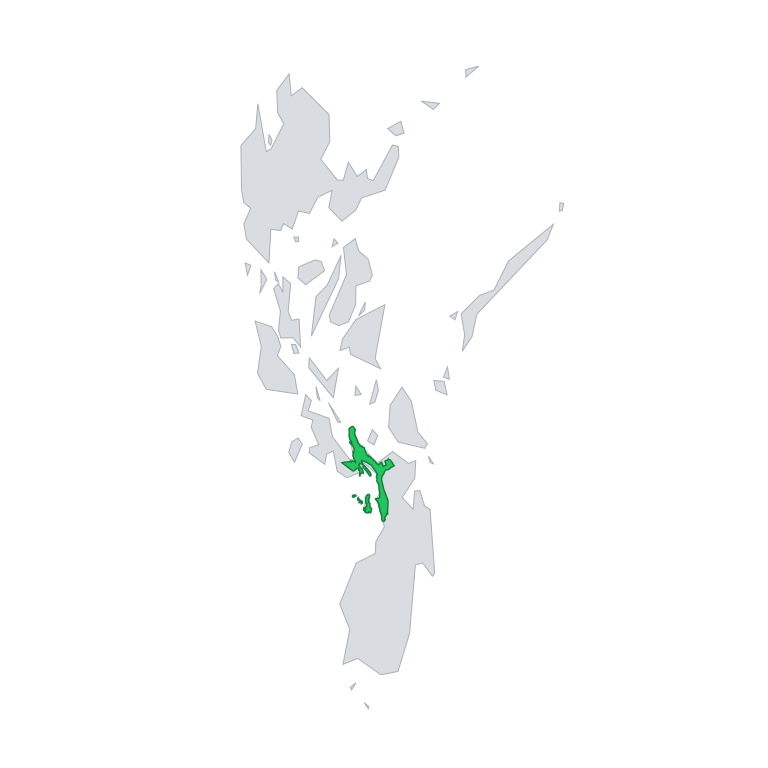 location of Quezon within Philippines, rotated 185°
{"feature_id": "PHL-2572", "entity_name": "Quezon", "entity_type": "Province", "adm_level": 1, "iso_a3": "PHL", "parent_name": "Philippines", "parent_adm1": "", "projection": "equal_earth", "projection_center": [122.011, 14.191], "detail": "fine", "context": "in_parent", "style": "filled", "palette": "green", "viewbox_px": 768, "rotation_deg": 185, "n_neighbors": 0, "source": "natural_earth", "source_scale": "10m", "svg_char_len": 8794}
<svg xmlns="http://www.w3.org/2000/svg" viewBox="0 0 768 768"><g transform="rotate(185 384 384)"><path d="M361.7,94.1L386.4,108.4L400.4,101.1L396.7,136.6L408.9,160.8L396.1,203.1L378.0,214.4L378.4,226.2L371.2,241.8L381.3,268.3L379.1,275.4L383.7,294.0L398.7,304.8L398.3,294.9L412.7,287.3L423.0,293.1L428.7,312.9L435.2,309.0L436.0,298.8L452.7,309.0L452.4,314.2L443.7,317.7L452.8,334.7L451.7,341.9L463.8,345.3L461.0,366.6L454.9,361.0L457.2,350.7L435.7,344.9L430.7,326.9L411.6,305.8L407.3,306.8L414.1,329.0L411.8,338.1L404.2,323.3L384.1,304.5L369.5,317.5L352.6,306.9L345.7,310.5L345.1,293.1L356.0,272.5L344.0,261.8L344.2,279.8L339.1,281.1L332.8,265.8L327.2,263.2L317.0,199.9L319.0,196.7L330.0,209.2L337.0,206.4L336.8,137.8L345.0,98.9L361.7,94.1ZM509.2,494.5L533.7,516.4L537.6,531.2L532.0,547.5L539.7,552.6L542.9,565.4L547.3,609.1L534.1,627.2L534.1,652.1L521.5,605.2L517.0,608.4L506.5,634.7L513.6,644.9L516.4,667.2L505.5,684.6L501.5,663.1L491.2,672.0L462.3,647.7L459.1,620.7L466.6,602.3L448.1,583.0L442.3,583.5L438.8,601.8L428.8,588.4L420.2,596.2L418.5,587.4L412.5,585.5L396.4,622.8L390.4,621.9L389.0,611.3L399.8,577.2L422.5,567.5L427.2,554.9L440.2,542.5L454.3,554.9L452.7,572.4L466.2,564.2L473.2,547.3L484.3,549.0L488.9,530.3L498.1,535.0L500.4,527.8L510.2,528.3L509.2,494.5ZM436.3,516.5L425.3,526.3L420.9,514.4L410.6,507.0L405.1,491.4L407.5,485.1L420.5,479.4L419.2,460.4L424.8,443.0L434.1,438.1L442.7,441.3L444.6,447.8L430.9,489.6L436.3,516.5ZM500.8,368.4L510.9,383.6L509.5,410.8L517.9,435.5L500.9,431.2L494.1,422.3L490.1,412.4L492.7,403.0L474.1,385.4L469.0,366.5L500.8,368.4ZM388.7,398.9L419.9,410.7L421.8,417.7L430.7,413.4L429.4,424.7L417.6,445.8L390.0,463.1L395.1,408.6L388.7,398.9ZM270.7,517.3L229.3,557.9L233.8,542.1L297.6,461.6L300.4,439.0L308.9,423.5L307.9,439.9L313.3,460.6L296.5,480.6L282.6,487.2L270.7,517.3ZM337.7,323.5L364.7,327.3L375.5,341.0L376.1,363.3L365.8,382.4L355.2,369.1L346.1,339.3L335.6,328.2L337.7,323.5ZM478.6,422.2L490.6,420.8L493.9,428.2L493.5,447.6L502.2,469.3L498.0,474.7L492.7,466.6L494.1,481.9L485.7,475.7L485.8,447.8L481.6,439.5L474.3,441.3L470.3,413.5L478.6,422.2ZM438.0,508.5L438.5,484.9L460.5,425.4L459.4,465.1L449.2,477.5L438.0,508.5ZM479.4,493.1L463.5,501.6L457.2,500.5L453.1,491.7L470.7,476.1L478.9,482.1L479.4,493.1ZM433.3,365.8L460.5,393.8L460.7,403.6L441.3,382.5L430.7,395.7L433.3,365.8ZM470.8,318.3L464.8,322.8L460.2,316.9L466.4,298.1L472.9,307.5L470.8,318.3ZM402.6,638.7L390.2,647.2L385.9,635.8L393.6,632.3L402.6,638.7ZM320.2,378.7L331.8,382.3L334.7,391.8L324.4,391.9L320.2,378.7ZM388.7,322.4L395.4,325.9L391.7,337.6L385.8,332.0L388.7,322.4ZM358.8,661.9L371.5,669.0L353.3,668.4L358.8,661.9ZM516.6,487.3L509.9,477.9L515.7,463.3L515.0,472.2L516.6,487.3ZM396.5,362.7L392.0,387.5L389.0,377.3L391.6,365.1L396.5,362.7ZM329.1,696.9L330.0,704.4L317.4,708.9L329.1,696.9ZM392.7,256.2L392.3,267.3L389.3,272.0L386.2,254.7L392.7,256.2ZM415.3,449.6L409.8,464.0L409.8,455.7L415.3,449.6ZM325.3,396.1L322.2,406.4L319.3,394.4L325.3,396.1ZM479.7,415.4L475.5,415.7L471.3,407.5L476.4,406.5L479.7,415.4ZM411.9,370.0L411.9,379.4L405.8,371.7L411.9,370.0ZM532.9,492.5L526.8,490.7L529.5,480.7L532.9,492.5ZM426.7,341.8L437.7,360.5L423.8,342.1L426.7,341.8ZM324.2,457.4L316.9,462.6L318.9,454.2L324.2,457.4ZM447.7,516.3L446.3,524.3L442.2,520.2L447.7,516.3ZM449.2,364.6L451.6,375.7L446.2,361.7L449.2,364.6ZM224.5,580.0L220.7,579.5L221.6,572.4L224.4,571.5L224.5,580.0ZM486.7,522.5L482.0,523.0L481.5,518.7L484.4,517.9L486.7,522.5ZM520.2,622.2L516.8,617.1L517.8,612.0L520.2,614.5L520.2,622.2ZM331.4,309.8L333.4,316.0L327.8,308.8L331.4,309.8ZM501.0,478.1L502.9,486.4L497.7,476.3L501.0,478.1ZM391.2,78.8L385.8,83.9L389.7,76.4L391.2,78.8ZM397.5,299.4L390.1,294.6L390.2,291.3L397.5,299.4ZM371.4,59.1L376.0,64.8L370.8,61.0L371.4,59.1Z" fill="#d9dde1" stroke="#a8b0b8" stroke-width="1"/><path d="M373.0,247.1L373.7,247.6L374.2,248.2L374.4,249.1L375.1,253.6L375.3,254.1L375.7,254.6L376.8,256.9L377.0,257.7L377.2,258.9L377.5,260.1L378.1,261.2L378.6,262.2L378.5,262.3L378.1,262.7L378.0,262.8L379.3,265.0L379.6,265.4L379.8,265.8L381.9,268.0L382.3,268.6L382.4,269.1L381.7,269.3L380.5,269.3L379.8,269.5L379.1,269.9L378.6,270.5L378.4,271.2L378.4,273.1L378.5,273.9L379.7,279.4L379.9,281.0L380.2,282.8L380.5,283.5L380.9,284.2L382.3,286.0L382.7,286.8L382.7,287.4L382.6,289.0L382.7,289.3L383.3,290.1L383.5,290.5L383.4,291.2L383.2,291.9L383.0,292.4L382.5,292.8L382.5,293.1L383.0,293.6L384.2,295.9L386.4,298.1L388.8,301.2L389.4,301.9L394.5,304.5L399.4,305.9L399.4,304.7L399.0,303.8L397.7,302.1L398.4,301.9L401.4,303.0L401.6,302.9L401.7,302.3L401.5,301.5L401.7,301.3L402.1,301.2L402.1,300.9L401.4,300.6L400.0,298.6L399.5,298.1L398.6,297.7L397.8,296.6L397.3,295.3L397.0,294.0L397.4,294.4L397.5,294.6L397.5,295.0L397.8,294.0L398.1,293.3L399.4,292.5L399.8,292.8L399.9,292.0L399.9,291.0L400.0,290.3L400.4,290.5L400.5,291.3L400.4,292.4L400.3,293.1L400.5,293.5L400.6,294.1L400.6,294.7L400.7,295.3L400.7,295.5L400.8,295.6L401.0,295.9L401.3,295.8L401.4,295.5L401.4,295.3L401.6,295.8L401.7,296.3L401.7,297.5L402.0,297.3L402.0,298.0L402.7,298.1L403.6,297.7L404.2,297.1L405.2,295.9L405.7,295.3L406.2,295.0L407.0,294.7L407.7,294.8L419.0,301.9L417.0,302.6L412.3,303.3L410.4,304.5L410.3,304.4L409.8,303.8L409.7,303.5L409.6,303.4L408.9,304.6L407.0,304.4L406.2,304.1L405.6,303.4L405.5,304.0L405.7,304.7L406.2,305.3L406.6,305.5L406.7,305.9L408.4,309.0L408.7,309.8L408.7,310.3L408.5,311.0L408.5,312.0L408.8,313.6L408.1,313.4L407.9,314.2L408.1,316.3L408.3,317.4L408.8,318.4L410.1,320.0L412.5,321.9L413.0,322.6L412.9,323.3L412.1,322.8L410.7,321.4L410.9,322.1L411.7,323.9L413.2,326.2L413.6,327.0L413.9,327.9L414.2,329.7L414.4,331.4L414.4,333.3L414.4,333.8L414.6,334.1L414.7,334.4L414.8,334.7L414.9,335.7L414.9,336.2L414.8,336.6L414.7,336.7L414.3,336.9L414.0,337.0L413.9,337.3L413.6,337.8L412.8,338.4L411.9,338.9L411.4,339.0L410.8,338.6L408.6,336.1L408.7,335.2L409.0,333.6L409.1,332.9L408.4,330.3L405.1,324.4L405.0,324.1L405.0,323.6L404.9,323.2L404.2,322.4L404.0,322.0L403.1,321.5L402.8,320.9L402.3,320.1L400.3,320.1L400.3,319.5L399.7,319.2L398.6,319.1L398.1,318.7L398.0,318.3L397.8,317.6L397.6,317.2L397.4,316.7L395.6,312.9L394.7,311.6L393.6,310.5L393.4,311.4L392.9,311.2L392.3,310.5L391.9,310.2L391.2,310.2L389.9,308.7L389.5,308.3L389.0,308.2L388.7,308.1L388.3,308.0L387.6,307.2L387.2,306.8L386.8,306.6L385.8,306.2L385.3,305.5L384.9,304.7L384.4,304.0L384.1,303.9L382.8,303.4L382.3,303.0L382.1,303.7L381.5,304.1L381.4,304.7L381.1,305.0L379.5,305.5L379.4,305.7L377.5,301.8L374.7,303.6L376.4,307.2L375.8,307.7L375.5,307.9L375.3,308.0L374.7,308.0L374.2,308.3L373.2,309.8L373.1,309.6L372.7,309.2L372.2,309.0L371.7,309.0L371.2,308.8L369.4,306.9L368.7,306.2L368.5,305.8L368.2,305.2L367.9,304.7L367.1,304.0L366.8,303.4L369.5,301.6L371.9,299.3L372.7,298.9L374.1,298.7L374.9,298.3L375.4,297.5L375.8,296.6L376.4,294.6L376.9,293.5L377.5,292.6L377.9,291.7L378.1,290.3L378.1,288.9L377.8,287.5L375.5,280.3L374.7,278.2L373.6,276.2L373.4,275.8L370.6,269.8L369.9,267.9L369.6,265.8L369.5,261.4L369.3,256.5L369.1,255.0L369.3,255.1L369.5,255.1L369.8,255.2L370.0,255.2L370.0,254.0L370.6,252.9L371.3,251.8L371.6,250.7L371.5,250.3L371.3,249.2L371.3,249.3L371.1,249.4L370.9,249.2L371.0,248.9L371.3,248.8L371.4,248.7L371.6,247.9L371.8,247.3L372.1,247.1L372.7,247.1L373.0,247.1L373.0,247.1ZM391.8,256.0L392.5,256.0L393.2,256.5L393.5,257.2L393.4,258.2L392.6,257.0L392.3,256.7L391.8,256.9L391.4,257.3L391.3,257.8L391.4,258.1L391.8,257.8L392.0,258.9L392.0,259.5L391.7,259.8L390.6,260.7L390.5,260.8L390.6,261.1L390.6,262.7L390.7,263.1L390.8,263.7L391.5,263.6L391.9,264.4L392.1,265.5L392.4,268.4L392.4,269.0L391.7,271.2L391.1,271.9L390.3,272.5L389.6,272.7L388.8,272.3L388.5,271.3L388.6,270.1L388.8,269.0L389.4,268.8L389.4,267.1L388.9,265.0L388.2,264.0L387.7,263.8L387.5,263.3L387.6,261.7L387.5,261.2L386.7,259.7L386.5,259.4L385.9,259.1L385.6,259.1L385.5,258.9L385.7,255.9L386.0,254.9L386.3,254.4L387.4,255.2L388.0,255.3L388.3,254.6L388.5,254.2L389.2,254.1L390.5,254.3L391.1,254.7L391.4,254.5L391.7,254.7L391.9,255.2L391.8,256.0ZM395.1,297.0L396.6,298.4L397.4,299.2L397.7,300.3L397.5,301.3L396.9,301.3L396.1,300.8L394.9,299.4L392.7,297.5L391.3,295.9L390.9,295.6L390.4,295.2L389.7,294.1L389.2,293.0L389.0,292.2L389.1,291.6L389.4,291.3L389.7,291.1L390.2,291.2L390.4,291.4L390.5,291.6L390.8,292.1L395.1,297.0ZM399.5,265.6L399.9,266.0L400.2,267.0L400.2,267.9L399.7,268.4L399.7,268.1L397.0,265.6L396.1,265.4L395.6,265.2L395.4,264.8L395.3,264.3L395.1,263.8L395.1,263.5L395.7,263.7L395.8,263.6L396.1,263.1L396.2,263.7L396.5,264.0L396.8,263.9L397.3,263.7L398.4,263.7L398.2,264.0L398.0,264.4L398.0,264.8L398.2,265.3L398.5,265.6L398.9,265.7L399.5,265.6ZM405.4,268.8L405.6,269.1L405.7,269.8L404.9,270.6L404.2,270.8L403.5,270.9L402.3,270.7L402.2,270.0L403.0,269.4L403.8,269.1L404.4,268.7L404.9,268.5L405.4,268.8Z" fill="#22c55e" stroke="#15803d" stroke-width="1.5"/></g></svg>